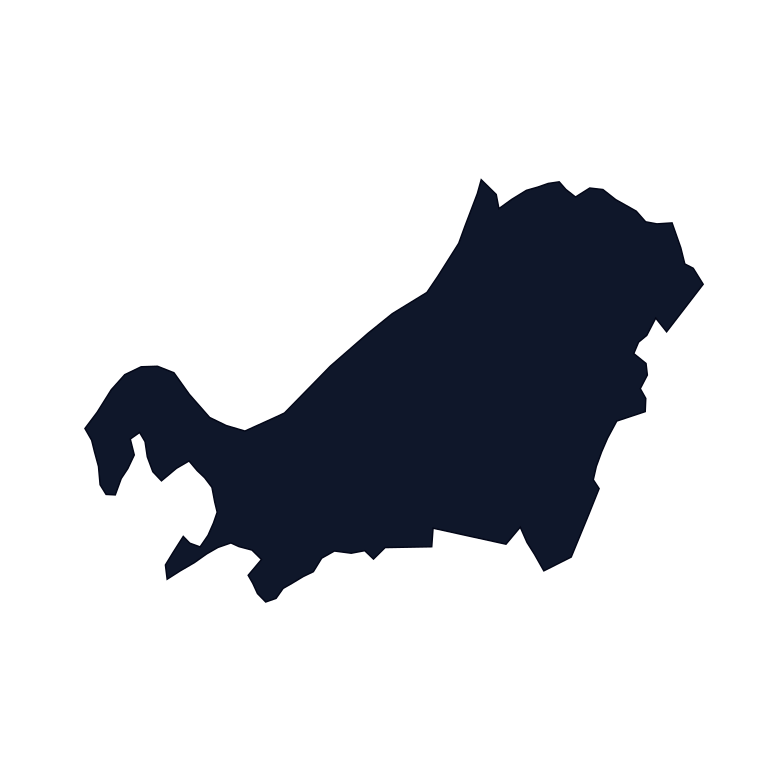 Porto Vera Cruz, Rio Grande do Sul, Brazil (Equal Earth projection), rotated 20°
{"feature_id": "56859067B57284725629844", "entity_name": "Porto Vera Cruz", "entity_type": "district", "adm_level": 2, "iso_a3": "BRA", "parent_name": "Brazil", "parent_adm1": "Rio Grande do Sul", "projection": "equal_earth", "projection_center": [-54.911, -27.755], "detail": "fine", "context": "isolated", "style": "filled", "palette": "ink", "viewbox_px": 768, "rotation_deg": 20, "n_neighbors": 0, "source": "geoboundaries", "source_scale": "gbopen_adm2", "svg_char_len": 1634}
<svg xmlns="http://www.w3.org/2000/svg" viewBox="0 0 768 768"><g transform="rotate(20 384 384)"><path d="M405.5,158.8L406.6,173.1L406.1,208.0L406.1,226.2L397.7,264.7L393.0,283.3L367.8,315.0L351.7,341.7L327.4,385.7L321.8,398.1L300.4,445.3L291.7,454.0L269.4,475.8L249.9,477.0L231.6,475.1L204.6,460.3L182.8,445.3L165.1,444.8L149.9,450.9L137.2,463.9L129.7,482.6L124.1,508.7L118.2,528.1L128.5,536.8L135.0,546.5L143.9,559.1L151.7,575.8L160.6,582.8L169.4,580.1L169.4,562.7L172.2,551.1L173.6,536.1L164.4,522.5L170.9,513.1L179.2,519.9L186.5,533.4L196.8,545.5L208.0,551.1L217.8,534.2L227.1,523.0L238.1,529.3L247.5,533.4L257.7,540.0L265.3,552.8L271.1,561.5L271.3,572.9L270.4,586.4L266.9,600.0L255.9,600.0L247.5,595.9L243.4,614.5L240.5,628.8L247.0,641.6L256.4,629.3L266.9,616.7L275.4,604.4L283.8,594.4L294.5,585.7L303.3,586.4L316.7,585.2L328.9,590.8L321.8,610.2L328.9,616.2L336.8,624.2L347.4,629.3L355.9,622.3L359.1,610.6L366.0,602.4L374.0,592.5L381.8,584.5L385.0,569.0L394.5,557.9L411.1,554.2L422.9,547.2L434.0,552.1L441.0,537.3L484.5,520.6L479.4,502.7L553.4,492.8L561.0,471.9L572.6,484.0L583.6,492.5L598.1,504.9L619.1,482.6L621.0,436.6L621.9,408.7L613.4,402.4L611.7,388.9L611.7,373.4L612.6,358.4L615.4,339.2L638.9,320.6L634.9,308.0L626.4,300.7L628.4,285.5L623.2,275.1L608.3,270.0L608.9,257.6L614.3,248.4L616.8,229.1L631.7,238.3L649.8,181.1L635.0,169.5L625.6,168.3L616.3,154.5L599.6,134.1L585.7,140.2L574.4,142.1L561.9,135.3L538.7,131.5L523.2,126.4L510.3,129.5L500.0,142.8L488.4,139.0L479.5,134.1L469.7,139.4L461.0,146.5L451.6,153.3L440.9,166.8L432.0,179.9L424.6,167.5L405.5,158.8Z" fill="#0f172a" stroke="#020617" stroke-width="1.5"/></g></svg>